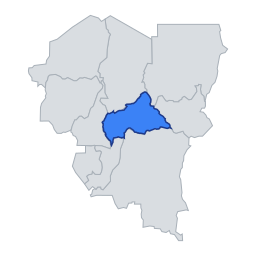 Central African Republic and the surrounding countries
{"feature_id": "CAF", "entity_name": "Central African Republic", "entity_type": "country or territory", "adm_level": 0, "iso_a3": "CAF", "parent_name": "Africa", "parent_adm1": "", "projection": "natural_earth1", "projection_center": [20.084, 6.633], "detail": "fine", "context": "with_neighbors", "style": "filled", "palette": "blue", "viewbox_px": 256, "rotation_deg": 0, "n_neighbors": 9, "source": "natural_earth", "source_scale": "50m", "svg_char_len": 9582}
<svg xmlns="http://www.w3.org/2000/svg" viewBox="0 0 256 256"><path d="M180.7,179.6L182.0,192.6L181.4,195.8L182.5,199.3L185.5,202.8L188.3,210.5L186.2,209.9L177.7,211.6L176.2,215.5L177.4,218.2L175.7,231.7L180.7,235.1L182.2,234.0L182.6,240.6L178.6,240.6L174.5,234.6L170.5,233.7L169.3,230.5L166.1,232.5L161.9,231.6L160.2,228.8L154.4,228.4L154.1,226.5L149.8,226.0L143.0,227.3L143.3,220.0L141.5,217.7L141.2,214.0L141.9,210.3L140.9,207.9L140.8,204.1L134.4,204.1L134.8,201.9L132.1,201.9L131.9,203.0L128.6,203.2L126.5,208.3L123.5,207.5L118.3,208.8L115.1,203.6L112.2,195.4L96.6,195.3L91.1,196.8L90.3,194.9L91.7,194.2L92.7,190.0L94.6,188.7L96.0,189.3L97.8,187.0L100.7,187.0L101.0,188.8L103.0,189.8L110.5,181.1L110.3,176.0L112.6,170.1L118.5,164.0L119.2,162.0L120.1,157.6L120.5,148.7L123.2,141.6L123.9,133.7L126.0,130.6L128.8,128.6L136.6,132.9L144.4,134.7L146.7,130.6L149.1,131.2L155.0,128.1L157.1,129.4L158.8,129.2L159.6,127.7L161.5,127.2L168.9,128.0L170.6,127.4L173.8,132.4L176.2,133.2L183.0,131.2L184.3,133.8L189.0,137.9L188.7,145.1L190.8,145.9L187.1,149.7L183.9,155.7L183.6,160.7L182.4,163.0L182.3,167.6L180.8,169.3L179.4,176.8L180.7,179.6Z" fill="#d9dde1" stroke="#a8b0b8" stroke-width="1"/><path d="M155.8,109.0L151.7,106.3L149.9,104.6L150.4,97.6L147.3,93.8L146.8,89.7L144.8,87.9L144.8,84.3L143.7,81.9L141.8,82.3L143.7,77.5L143.1,74.9L144.8,73.0L143.7,71.6L147.5,63.3L152.0,63.7L151.7,36.7L157.6,36.7L157.5,24.4L218.9,24.4L220.8,30.5L219.6,31.6L220.6,37.9L222.7,45.3L227.6,49.0L225.1,52.6L221.3,53.6L219.7,55.5L217.2,68.6L217.8,71.0L217.0,76.3L215.0,82.3L211.9,85.4L209.2,92.6L206.7,94.3L205.2,100.7L205.4,106.2L205.3,101.4L204.5,101.3L203.9,96.2L201.2,93.7L200.5,89.3L201.1,84.8L198.6,84.4L198.3,85.7L195.1,86.0L196.4,87.8L196.9,91.5L191.5,99.3L188.8,99.9L184.3,96.4L182.3,97.6L181.8,99.4L179.1,100.6L178.9,101.8L173.7,101.8L172.9,100.6L169.1,100.4L167.2,101.4L165.8,100.9L162.1,95.6L158.4,96.5L155.6,104.8L152.2,106.6L155.8,109.0Z" fill="#d9dde1" stroke="#a8b0b8" stroke-width="1"/><path d="M151.6,39.3L152.0,63.7L147.5,63.3L143.7,71.6L144.8,73.0L143.1,74.9L143.7,77.5L141.8,82.3L143.7,81.9L144.8,84.3L144.8,87.9L146.8,89.7L146.7,91.1L143.4,92.2L140.7,94.7L136.9,101.4L132.0,104.2L125.4,104.4L125.9,106.5L120.9,111.1L114.3,113.4L112.1,111.9L111.1,113.5L106.7,114.0L107.6,112.3L105.2,105.5L102.9,104.5L99.8,100.9L100.9,98.0L107.8,98.3L104.9,92.7L104.8,84.5L102.7,80.6L103.3,77.7L99.9,77.6L100.0,73.6L97.8,71.4L100.1,63.3L106.8,57.5L107.2,49.5L109.2,37.0L110.4,34.4L108.3,32.2L108.2,30.3L106.3,28.7L105.1,19.1L110.3,15.7L151.6,39.3Z" fill="#d9dde1" stroke="#a8b0b8" stroke-width="1"/><path d="M105.1,19.1L106.3,28.7L108.2,30.3L108.3,32.2L110.4,34.4L109.2,37.0L107.2,49.5L106.8,57.5L100.1,63.3L97.8,71.4L100.0,73.6L99.9,77.6L103.3,77.7L102.7,80.6L101.3,81.0L101.1,82.9L100.1,83.1L96.6,76.3L95.4,76.1L91.2,79.5L84.4,77.4L82.8,78.2L79.8,78.0L76.6,80.7L74.0,80.8L67.6,77.6L65.1,79.1L62.5,79.0L60.5,76.7L55.3,74.4L49.6,75.2L48.3,76.5L47.5,80.0L45.9,82.5L45.5,88.0L41.5,84.4L39.6,84.5L37.8,86.3L38.0,82.0L32.0,80.7L31.9,77.7L29.0,73.7L28.4,70.9L28.9,67.9L32.2,67.7L34.2,65.5L46.0,64.0L46.6,60.2L49.5,56.1L49.8,41.9L57.2,39.2L72.5,27.1L90.4,15.4L98.5,18.0L101.4,21.4L105.1,19.1Z" fill="#d9dde1" stroke="#a8b0b8" stroke-width="1"/><path d="M40.2,121.1L40.5,107.3L41.6,103.4L45.8,97.8L45.3,96.1L46.4,93.6L45.2,90.0L45.9,82.5L47.5,80.0L48.3,76.5L49.6,75.2L55.3,74.4L60.5,76.7L62.5,79.0L65.1,79.1L67.6,77.6L74.0,80.8L76.6,80.7L79.8,78.0L82.8,78.2L84.4,77.4L91.2,79.5L95.4,76.1L96.6,76.3L100.1,83.1L101.1,82.9L103.1,85.4L102.3,88.5L97.8,93.3L93.4,106.0L90.6,108.5L88.1,116.7L84.4,118.7L81.5,116.2L79.5,116.3L76.3,119.9L74.8,119.9L70.8,130.2L65.3,132.4L63.3,132.1L61.3,133.4L57.1,133.3L54.3,129.5L52.6,125.0L48.8,121.0L40.2,121.1Z" fill="#d9dde1" stroke="#a8b0b8" stroke-width="1"/><path d="M102.7,80.6L104.8,84.5L104.9,92.7L107.8,98.3L100.9,98.0L99.8,100.9L102.9,104.5L105.2,105.5L107.6,112.3L104.1,120.2L102.8,121.3L102.5,130.4L104.9,133.6L107.3,139.0L109.8,141.0L110.6,145.5L110.2,148.8L101.7,145.8L76.9,145.4L77.7,140.6L75.6,136.5L73.2,135.5L72.1,132.8L70.8,131.9L72.2,125.8L74.8,119.9L76.3,119.9L79.5,116.3L81.5,116.2L84.4,118.7L88.1,116.7L90.6,108.5L93.4,106.0L97.8,93.3L102.3,88.5L103.1,85.4L101.1,82.9L101.3,81.0L102.7,80.6Z" fill="#d9dde1" stroke="#a8b0b8" stroke-width="1"/><path d="M123.5,137.9L123.2,141.6L120.5,148.7L120.1,157.6L119.2,162.0L118.5,164.0L112.6,170.1L110.3,176.0L110.5,181.1L103.0,189.8L101.0,188.8L100.7,187.0L97.8,187.0L96.0,189.3L92.6,186.6L88.9,190.3L84.5,183.8L88.6,180.4L86.6,176.3L88.4,174.8L91.9,174.0L92.4,171.3L95.2,174.3L99.9,174.5L101.5,171.6L102.1,167.6L101.6,162.8L99.1,159.2L101.4,152.1L100.0,150.9L96.1,151.4L94.6,148.2L95.0,145.5L101.7,145.8L110.2,148.8L110.6,145.5L113.3,139.8L116.5,136.6L123.5,137.9Z" fill="#d9dde1" stroke="#a8b0b8" stroke-width="1"/><path d="M85.5,145.6L91.2,146.0L94.4,145.2L95.0,145.5L94.6,148.2L96.1,151.4L100.0,150.9L101.4,152.1L99.1,159.2L101.6,162.8L102.1,167.6L101.5,171.6L99.9,174.5L95.2,174.3L92.4,171.3L91.9,174.0L88.4,174.8L86.6,176.3L88.6,180.4L84.5,183.8L75.6,172.5L72.4,166.2L76.0,153.2L85.5,152.9L85.5,145.6Z" fill="#d9dde1" stroke="#a8b0b8" stroke-width="1"/><path d="M189.0,137.9L184.3,133.8L183.0,131.2L176.2,133.2L173.8,132.4L169.8,125.4L165.8,123.0L164.5,119.3L158.7,113.5L158.6,111.5L152.2,106.6L155.6,104.8L158.4,96.5L162.1,95.6L165.8,100.9L167.2,101.4L169.1,100.4L172.9,100.6L173.7,101.8L178.9,101.8L179.1,100.6L181.8,99.4L182.3,97.6L184.3,96.4L188.8,99.9L191.5,99.3L196.9,91.5L196.4,87.8L195.1,86.0L198.3,85.7L198.6,84.4L201.1,84.8L200.5,89.3L201.2,93.7L203.9,96.2L204.5,101.3L205.3,101.4L205.4,106.2L204.6,108.1L201.8,108.2L200.0,111.7L203.3,112.2L206.0,115.2L206.9,117.6L209.3,119.0L212.5,125.7L202.5,136.2L198.8,136.2L194.5,137.6L191.1,136.2L189.0,137.9Z" fill="#d9dde1" stroke="#a8b0b8" stroke-width="1"/><path d="M153.5,106.3L153.8,106.4L153.9,106.7L153.7,107.6L153.9,108.1L154.3,108.6L154.7,108.8L155.2,108.9L156.6,109.2L157.3,109.6L158.1,110.6L159.1,111.6L159.3,112.1L159.3,112.6L159.0,113.1L159.0,113.4L159.5,113.9L160.1,114.5L161.0,115.1L162.7,116.1L163.5,116.8L163.8,117.3L164.2,117.9L164.8,118.4L165.3,118.8L165.0,119.9L165.1,120.2L165.2,120.5L165.6,121.0L165.7,121.5L166.1,122.2L166.5,122.6L167.2,122.7L167.6,123.0L168.3,123.6L169.1,124.0L169.4,124.4L169.6,124.7L169.8,125.0L169.9,125.3L169.9,126.1L170.0,127.0L170.4,127.6L170.8,128.1L169.3,127.6L169.0,127.6L168.8,127.7L168.0,128.3L167.7,128.4L167.4,128.3L166.7,128.3L164.3,127.7L162.4,127.2L161.9,127.1L160.9,126.9L160.2,127.2L159.6,128.4L159.4,128.6L158.4,129.0L158.0,128.9L156.8,129.2L155.1,128.7L154.5,128.8L154.0,129.1L152.8,129.6L152.0,129.9L151.1,130.2L150.3,130.6L149.7,130.9L149.2,130.8L148.7,130.6L148.1,130.4L147.5,130.4L146.8,130.5L146.2,131.0L146.0,131.3L145.5,132.2L144.9,133.6L144.7,133.9L144.6,134.0L141.7,133.4L140.6,133.2L139.8,133.4L138.8,133.0L138.4,132.9L138.2,133.1L137.6,132.9L136.7,132.4L135.8,132.2L135.1,132.2L134.6,132.1L134.2,131.6L133.7,130.7L132.8,129.8L131.7,129.1L130.9,128.6L130.6,128.2L130.0,128.0L129.0,128.0L128.1,128.4L126.7,129.5L125.5,131.7L124.8,132.6L124.2,132.8L124.1,133.3L124.4,134.2L124.4,135.2L124.2,136.9L124.3,138.1L124.0,137.9L123.7,137.3L123.6,137.2L122.8,137.5L122.3,137.7L122.1,137.9L121.9,138.0L121.7,137.7L121.1,137.7L120.8,137.7L120.6,137.6L120.4,137.6L120.0,137.5L118.6,137.0L118.4,136.8L118.1,136.8L117.4,137.3L117.0,137.4L115.8,137.6L114.5,137.8L114.1,137.8L113.7,137.9L113.5,138.2L113.4,138.8L113.1,139.8L113.0,140.0L113.0,140.4L113.0,141.1L112.9,141.7L113.0,142.1L112.6,142.9L112.2,143.8L111.8,144.7L111.5,145.5L111.2,144.9L111.0,144.3L111.0,143.5L111.0,143.3L110.9,143.1L110.8,142.4L110.9,142.0L110.8,141.6L110.5,141.2L110.3,140.9L110.1,140.6L110.0,140.4L109.7,140.4L109.3,140.3L108.8,139.6L108.3,139.0L107.6,138.2L107.1,137.6L106.5,136.7L105.9,136.0L105.5,135.2L105.4,134.8L105.6,134.8L105.8,134.8L105.9,134.7L105.7,133.9L105.5,133.2L105.3,132.7L104.6,132.0L104.0,131.5L103.8,131.2L103.7,130.8L103.4,128.4L103.3,127.7L103.1,127.4L103.0,127.2L102.9,127.1L102.9,126.6L103.0,126.2L103.2,125.8L103.2,123.5L103.1,123.4L103.0,123.2L102.8,123.2L102.6,123.2L102.4,122.8L102.2,122.4L102.3,122.1L102.5,121.9L102.7,121.7L102.9,121.5L103.6,121.1L103.9,120.9L104.0,120.7L104.1,120.4L104.5,119.3L105.2,118.1L105.4,117.9L105.7,117.1L106.1,116.1L106.2,115.7L106.3,115.3L106.6,114.9L107.3,114.3L107.8,113.3L108.4,113.4L109.0,113.5L109.7,113.6L110.3,113.4L110.7,113.0L111.5,112.7L112.5,112.3L112.7,111.8L113.0,111.5L113.3,111.3L113.4,111.2L113.4,111.4L113.6,112.0L114.1,112.5L114.7,113.2L114.9,113.1L115.2,112.7L116.2,112.4L116.4,112.2L117.1,111.6L117.9,111.1L118.1,111.1L118.4,111.0L119.2,110.5L119.8,110.6L120.8,110.5L122.4,110.3L123.5,110.2L124.1,110.1L124.4,109.4L124.6,109.2L125.0,108.9L125.9,107.9L126.4,107.1L126.6,106.8L126.7,106.7L127.0,106.4L126.7,106.0L125.8,105.3L125.8,105.2L125.7,105.1L125.8,105.0L126.1,104.7L126.6,104.3L127.1,104.2L128.5,104.2L129.6,104.1L129.9,104.2L130.8,104.0L131.4,103.8L132.0,103.5L133.5,103.5L134.6,102.6L135.0,102.4L135.2,102.2L135.7,101.8L136.3,101.0L136.8,100.4L137.0,99.9L138.3,98.3L138.8,98.3L139.0,98.1L139.5,97.1L139.7,96.9L140.0,96.8L140.3,96.7L140.5,96.4L140.7,95.9L140.7,95.3L140.6,94.9L140.6,94.6L140.8,94.4L141.0,94.2L142.0,93.6L142.3,93.4L142.4,93.1L142.7,93.1L143.0,93.1L143.2,92.9L143.4,92.7L144.1,92.3L144.8,92.0L145.5,92.2L146.0,92.3L146.5,92.5L147.1,93.3L147.3,93.5L148.8,95.3L149.1,95.8L149.9,97.1L150.3,98.0L150.9,99.2L150.9,99.9L150.9,100.5L150.7,102.2L150.6,102.7L149.9,103.6L149.9,104.0L150.0,104.3L150.3,104.5L150.3,105.4L150.5,105.7L151.1,105.9L152.3,106.1L153.0,106.2L153.5,106.3Z" fill="#3b82f6" stroke="#1e3a8a" stroke-width="1.5"/></svg>